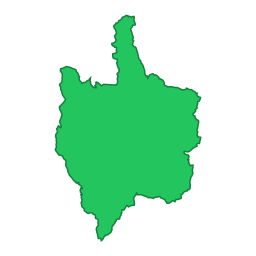 Tay Son, Bình Định, Vietnam
{"feature_id": "81297802B3478153063518", "entity_name": "Tay Son", "entity_type": "district", "adm_level": 2, "iso_a3": "VNM", "parent_name": "Vietnam", "parent_adm1": "Bình Định", "projection": "natural_earth1", "projection_center": [108.884, 13.946], "detail": "fine", "context": "isolated", "style": "filled", "palette": "green", "viewbox_px": 256, "rotation_deg": 0, "n_neighbors": 0, "source": "geoboundaries", "source_scale": "gbopen_adm2", "svg_char_len": 5717}
<svg xmlns="http://www.w3.org/2000/svg" viewBox="0 0 256 256"><path d="M56.1,144.4L56.4,147.4L55.3,149.5L56.0,151.1L56.6,151.6L57.6,153.3L59.0,154.9L59.3,155.2L61.0,155.2L61.7,155.8L62.4,156.1L63.0,156.9L63.6,158.7L65.7,160.3L66.0,161.8L65.7,165.0L66.2,166.6L67.4,168.9L68.1,172.1L69.0,173.9L69.2,174.9L72.1,178.2L73.5,180.1L76.5,183.1L77.2,183.2L78.0,182.4L78.7,182.7L78.8,183.0L78.4,183.6L78.6,184.3L81.0,185.8L82.4,188.2L82.1,188.7L80.8,188.2L80.7,189.4L80.2,190.0L80.5,192.3L81.3,193.0L82.3,194.6L82.0,194.9L81.1,194.4L80.9,194.5L81.5,196.8L81.3,197.7L81.9,199.3L82.0,200.5L82.0,201.4L81.2,202.3L81.2,202.7L81.9,206.6L84.1,208.6L84.2,210.2L84.5,210.9L86.1,211.9L86.6,212.7L88.4,213.5L90.3,212.7L91.8,212.8L92.3,213.0L93.2,214.3L95.2,215.0L95.5,215.6L95.4,217.6L95.7,218.5L97.4,218.9L98.0,219.7L98.2,220.9L97.9,223.0L98.2,223.8L98.2,225.2L98.0,225.6L96.5,227.8L96.3,229.9L96.9,231.5L96.9,232.8L97.6,234.1L97.6,236.0L98.0,236.7L98.3,238.5L98.6,238.6L100.6,238.4L101.0,239.3L101.2,240.6L102.6,239.7L102.7,239.2L103.4,238.3L103.8,236.9L105.0,236.1L105.4,235.0L106.4,235.1L107.8,234.8L110.9,232.2L112.0,229.8L111.9,227.7L112.1,226.7L115.0,222.8L115.4,221.6L116.3,220.7L116.5,219.5L117.4,218.8L118.7,219.2L119.6,218.9L120.0,216.5L121.0,215.3L121.0,214.2L121.7,213.2L121.7,211.6L122.1,209.9L122.4,209.8L123.3,210.1L124.1,209.8L126.6,205.6L127.3,205.6L128.4,206.9L128.6,206.9L131.4,205.4L134.0,205.3L134.4,204.9L134.5,203.0L133.6,198.3L134.4,196.6L136.0,195.0L136.2,193.5L136.5,193.0L138.0,194.9L140.6,194.6L141.3,194.7L143.1,195.5L146.7,196.6L147.9,197.5L148.7,197.7L150.4,197.6L153.5,198.4L154.4,197.5L155.5,197.2L158.1,197.0L158.9,196.5L159.9,196.6L160.8,197.9L161.3,197.9L163.4,199.0L164.6,199.3L165.9,201.7L166.6,202.1L166.8,203.1L168.8,203.2L169.5,203.0L172.8,200.6L173.5,200.7L174.9,201.7L175.5,200.7L175.9,199.6L178.7,199.2L181.1,198.4L181.3,197.8L180.9,195.3L181.0,194.9L182.3,194.2L184.0,192.0L185.9,191.1L187.4,190.8L187.8,189.6L189.1,189.6L190.0,188.6L190.3,184.5L189.8,183.2L190.1,180.4L190.6,179.1L190.6,177.6L191.5,176.6L192.7,173.8L192.8,172.7L192.4,171.1L192.6,168.5L192.9,167.6L192.8,166.5L193.1,165.2L191.6,165.2L190.6,165.7L189.6,164.8L189.5,164.0L188.8,162.9L188.8,161.1L187.7,159.5L187.9,159.2L188.7,159.3L188.4,158.3L188.9,157.1L188.8,155.6L188.4,155.1L186.6,154.8L185.4,154.2L184.0,152.9L183.9,152.1L184.2,151.6L186.2,151.6L187.6,151.9L189.1,151.5L190.0,150.9L194.0,147.5L197.1,146.0L196.5,144.9L196.9,143.9L198.6,143.3L199.3,143.5L199.6,142.8L199.8,141.8L199.7,140.9L200.3,139.9L200.7,137.3L197.8,136.8L197.6,136.6L197.6,135.7L197.0,134.9L197.3,134.1L197.7,132.0L197.7,131.4L197.0,130.8L196.9,130.4L197.0,129.4L197.4,128.8L197.8,126.6L198.6,122.3L198.6,120.9L197.9,120.1L196.2,119.6L196.0,118.6L195.2,117.9L195.0,116.0L194.2,115.8L193.4,115.3L193.1,114.9L192.9,113.6L194.1,112.9L195.7,111.1L195.2,110.0L197.2,108.0L196.7,106.5L197.7,104.0L197.5,101.8L198.9,101.3L199.4,100.8L200.4,98.5L200.5,97.4L198.9,96.9L197.3,95.9L196.9,94.8L197.2,93.4L196.3,93.7L196.0,92.8L195.5,92.2L193.1,90.9L191.5,89.6L189.7,89.6L188.7,89.3L186.8,88.2L186.4,88.2L185.9,89.2L185.6,89.4L183.9,89.8L182.2,89.9L181.4,89.4L180.6,89.4L180.2,88.8L177.3,87.6L174.2,87.4L172.5,86.9L171.5,86.7L167.7,86.9L166.6,86.0L164.9,85.5L164.3,84.6L164.2,83.0L163.6,81.3L162.9,80.3L161.6,79.4L160.3,79.3L159.9,78.5L159.0,78.6L158.7,77.2L156.7,75.4L155.6,74.9L154.0,74.8L153.1,73.8L152.4,73.8L149.7,74.9L149.4,75.3L147.7,78.1L147.5,77.4L147.1,75.9L145.7,75.8L145.4,75.1L144.8,73.2L144.6,70.6L143.0,65.5L141.9,63.7L141.4,63.2L140.8,62.1L140.5,60.5L139.5,59.6L138.7,58.3L138.3,55.9L137.8,54.5L137.6,52.5L137.0,51.2L136.0,47.8L135.3,47.0L134.3,46.8L133.5,46.1L132.3,44.4L132.8,43.5L132.9,42.3L133.7,40.9L132.6,39.6L132.7,39.1L133.3,37.7L131.2,30.8L130.5,29.4L131.1,28.4L132.2,26.9L132.7,25.3L134.9,25.0L135.3,24.7L135.2,23.8L133.9,20.0L133.9,18.9L134.3,17.5L134.2,16.8L133.7,16.4L133.0,16.4L131.7,17.1L129.4,16.3L128.4,16.9L128.0,15.9L126.1,15.4L124.8,16.4L122.2,17.4L122.0,18.2L121.1,19.5L120.4,20.1L118.9,20.6L118.5,21.8L117.5,22.8L115.8,23.2L115.4,24.6L114.2,25.2L113.6,26.1L114.4,28.2L115.4,29.6L116.4,32.6L116.4,33.5L116.1,34.0L114.6,35.8L114.8,37.2L116.0,39.6L116.0,39.9L115.8,40.8L115.3,41.8L114.6,42.5L113.2,43.1L111.8,43.5L111.7,43.9L112.1,45.1L112.7,45.8L114.3,46.4L114.6,47.2L116.2,47.2L116.4,47.4L116.6,47.9L116.3,50.4L116.8,52.2L116.5,52.5L115.0,53.3L112.7,53.9L112.6,54.4L113.0,57.7L113.7,58.5L117.2,59.3L117.4,59.7L117.2,61.8L117.0,62.3L116.8,62.4L116.7,63.5L117.2,64.4L117.3,65.6L118.0,67.2L118.1,68.0L119.4,69.2L118.9,70.2L119.2,71.0L118.9,71.9L118.4,72.3L117.9,73.1L117.2,73.5L117.1,73.8L117.2,74.6L118.0,76.0L117.3,78.6L117.4,79.9L117.7,81.4L117.0,84.4L115.1,85.0L113.7,85.0L104.9,84.4L103.3,84.5L101.6,85.8L98.3,82.8L96.3,82.0L95.8,82.5L96.2,84.0L96.1,84.5L94.9,85.6L95.0,86.0L96.1,86.9L96.2,87.6L96.1,87.8L94.2,87.6L92.6,86.6L91.3,84.8L90.5,84.1L90.6,82.5L90.1,80.7L90.4,78.0L89.3,79.2L89.0,80.1L87.1,80.8L86.5,81.6L84.9,82.5L83.5,82.5L81.8,83.4L81.0,81.8L80.1,81.0L79.3,79.8L79.1,77.5L79.6,76.9L79.4,76.4L78.4,75.6L78.5,74.9L78.4,74.2L77.5,72.7L76.2,71.6L76.3,70.6L76.1,70.1L74.8,69.2L73.3,68.8L70.0,67.3L66.4,66.6L66.0,66.6L64.6,67.5L62.5,68.4L61.2,68.4L60.7,68.7L60.3,70.8L62.2,73.7L62.3,74.2L62.3,76.5L62.0,78.6L62.3,79.6L61.5,82.8L59.8,84.0L59.6,85.1L59.8,85.7L60.7,86.7L60.5,88.1L60.9,89.2L60.9,90.1L61.8,91.1L61.9,92.7L62.5,94.6L63.6,96.7L65.5,99.1L65.6,99.6L63.2,102.9L59.5,106.7L59.4,107.1L59.7,109.4L60.5,110.5L61.3,112.7L62.1,114.0L60.8,118.8L59.7,121.2L59.7,121.7L60.4,124.2L61.3,126.5L61.1,127.3L60.6,127.8L58.6,125.8L58.3,125.8L58.2,125.9L57.8,127.3L56.7,128.8L57.5,131.9L56.0,134.1L55.7,135.5L55.7,136.8L56.4,138.8L56.2,140.7L56.6,142.5L56.1,144.4Z" fill="#22c55e" stroke="#15803d" stroke-width="1.5"/></svg>